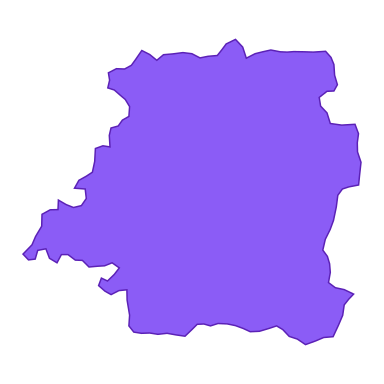 the district of Santo Antônio do Grama, Minas Gerais, Brazil
{"feature_id": "56859067B72216999102228", "entity_name": "Santo Antônio do Grama", "entity_type": "district", "adm_level": 2, "iso_a3": "BRA", "parent_name": "Brazil", "parent_adm1": "Minas Gerais", "projection": "robinson", "projection_center": [-42.611, -20.321], "detail": "fine", "context": "isolated", "style": "filled", "palette": "violet", "viewbox_px": 384, "rotation_deg": 0, "n_neighbors": 0, "source": "geoboundaries", "source_scale": "gbopen_adm2", "svg_char_len": 1870}
<svg xmlns="http://www.w3.org/2000/svg" viewBox="0 0 384 384"><path d="M325.6,51.3L313.4,52.1L304.1,51.8L293.8,51.6L287.2,52.1L280.3,51.8L270.8,50.0L262.7,51.8L255.1,53.7L246.3,58.2L242.7,47.1L235.5,39.4L226.2,43.9L221.9,49.7L217.3,55.5L208.0,56.3L200.0,57.9L191.9,53.7L182.9,52.6L172.8,53.9L163.5,54.7L156.8,60.3L149.7,54.5L141.8,50.5L135.6,59.5L131.4,65.3L124.6,69.0L116.4,68.7L108.4,72.8L109.6,80.2L107.8,87.9L114.3,90.0L120.0,95.0L125.3,99.5L129.6,106.6L128.9,116.4L122.4,120.1L118.2,126.0L111.0,128.0L109.3,135.4L110.0,146.9L102.9,145.8L95.4,148.5L94.7,161.4L92.4,172.2L86.3,176.2L78.9,180.3L74.5,188.2L85.2,189.0L86.3,198.5L81.4,205.6L73.5,207.5L66.2,204.6L58.4,200.1L58.0,209.6L50.2,209.8L42.0,214.3L41.7,226.2L35.6,236.4L32.0,244.8L23.0,254.1L28.5,259.9L35.2,259.1L37.7,250.4L45.9,248.8L49.5,258.3L57.0,262.8L61.4,254.6L68.0,254.6L75.3,260.1L82.4,260.4L89.0,267.0L97.9,266.2L104.6,265.8L112.1,262.8L119.3,267.9L114.3,274.4L107.5,281.0L101.4,278.1L98.6,285.6L105.0,291.2L111.1,294.6L118.9,290.6L126.9,289.8L127.1,300.1L129.6,315.2L128.9,325.9L133.8,332.1L141.5,333.3L149.6,333.0L157.9,334.3L167.1,333.3L176.0,334.9L185.0,336.2L191.9,329.6L197.2,324.3L203.9,324.0L210.5,325.9L218.0,323.5L227.2,323.9L235.4,325.6L243.3,328.5L250.2,331.7L259.4,331.3L269.1,328.4L276.6,325.9L282.8,329.6L289.2,336.4L297.4,339.1L305.5,344.6L315.7,340.9L323.7,337.5L333.1,336.7L338.5,325.1L342.7,315.3L344.2,304.9L348.8,299.1L353.6,294.1L344.2,289.6L335.3,287.7L328.5,282.6L330.3,272.4L329.6,263.8L327.4,256.4L322.8,250.1L325.3,239.3L330.2,229.4L333.5,220.4L336.3,206.9L337.8,195.3L342.4,189.0L348.8,186.9L358.6,185.0L359.6,175.0L361.0,162.3L357.5,151.9L357.3,142.7L358.5,133.7L355.0,124.3L341.7,125.1L330.3,123.5L327.0,112.9L320.6,106.1L319.2,97.4L327.0,91.3L333.9,91.0L337.4,84.7L334.6,75.2L333.9,64.5L331.0,57.4L325.6,51.3Z" fill="#8b5cf6" stroke="#5b21b6" stroke-width="1.5"/></svg>